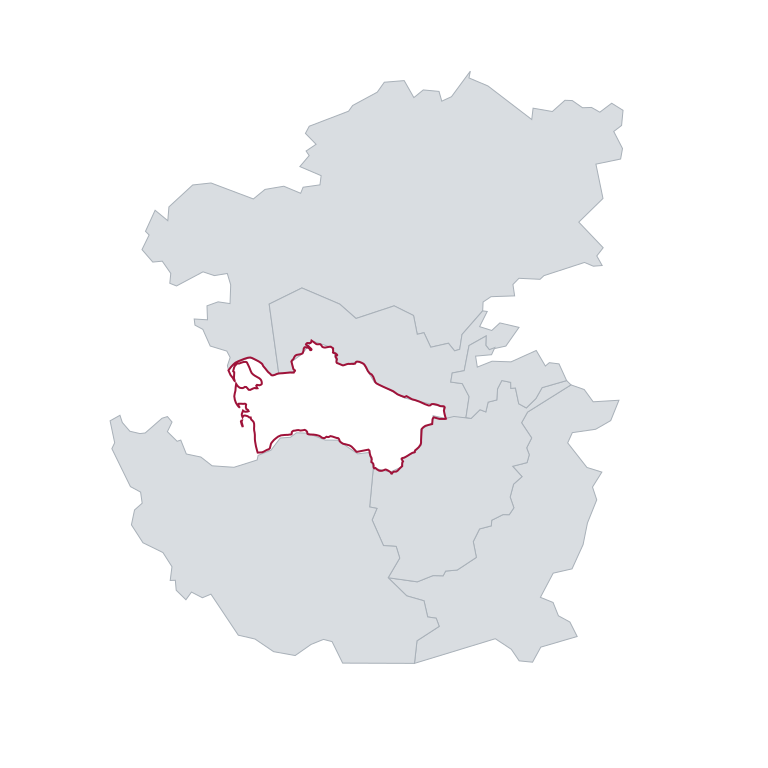 map of Turkmenistan with Kazakhstan, Uzbekistan, Pakistan and 3 others greyed out, rotated 351°
{"feature_id": "TKM", "entity_name": "Turkmenistan", "entity_type": "country or territory", "adm_level": 0, "iso_a3": "TKM", "parent_name": "Asia", "parent_adm1": "", "projection": "orthographic", "projection_center": [58.325, 38.975], "detail": "fine", "context": "with_neighbors", "style": "outline", "palette": "rose", "viewbox_px": 768, "rotation_deg": 351, "n_neighbors": 6, "source": "natural_earth", "source_scale": "50m", "svg_char_len": 10157}
<svg xmlns="http://www.w3.org/2000/svg" viewBox="0 0 768 768"><g transform="rotate(351 384 384)"><path d="M662.9,151.1L659.1,165.8L650.4,170.5L656.4,188.7L652.9,198.8L627.7,200.0L629.3,235.0L601.7,254.6L621.8,283.7L614.2,290.8L618.0,301.1L609.2,300.4L601.0,295.3L558.9,302.0L554.5,305.0L533.8,300.7L526.9,305.9L526.8,317.4L503.3,314.5L494.7,318.5L492.9,327.2L468.8,347.3L464.2,361.6L458.9,362.3L454.0,353.8L435.9,355.0L431.5,339.6L424.6,340.1L423.9,321.0L406.2,308.4L366.6,314.9L352.8,298.2L317.9,276.3L283.1,287.1L281.7,357.4L274.3,358.1L264.9,342.8L255.5,337.0L239.3,340.2L232.6,346.1L232.2,341.4L236.2,333.7L233.9,326.9L218.3,319.3L213.6,301.7L206.5,296.3L206.7,290.1L219.7,293.0L221.4,279.1L233.0,276.9L244.5,280.5L248.1,262.1L246.5,250.3L233.4,250.4L222.8,244.9L194.4,254.7L188.2,251.0L190.7,241.4L184.2,228.0L174.7,227.4L166.0,213.4L175.3,200.1L172.3,195.9L185.1,176.6L196.0,188.9L199.3,175.4L226.2,157.5L244.6,158.4L283.9,180.8L296.9,173.2L316.0,173.0L331.5,182.6L334.9,177.0L351.9,177.3L354.5,168.4L334.9,156.1L345.8,146.7L343.5,141.7L354.4,136.6L345.6,124.2L350.5,117.7L391.7,109.0L396.6,104.0L423.0,94.7L431.5,86.0L451.4,87.5L458.3,105.8L468.8,99.7L484.1,103.6L485.3,113.7L495.6,110.8L518.2,88.5L515.8,95.0L533.3,105.9L571.3,145.9L574.4,134.9L592.9,141.2L607.1,132.1L614.3,133.5L623.3,142.2L632.2,143.3L639.7,149.3L652.8,142.3L662.9,151.1Z" fill="#d9dde1" stroke="#a8b0b8" stroke-width="1"/><path d="M281.7,357.4L283.1,287.1L317.9,276.3L352.8,298.2L366.6,314.9L406.2,308.4L423.9,321.0L424.6,340.1L431.5,339.6L435.9,355.0L454.0,353.8L458.9,362.3L464.2,361.6L468.8,347.3L492.9,327.2L497.3,328.5L487.4,342.3L498.8,348.0L508.0,341.8L526.2,349.2L510.3,365.6L493.4,366.6L490.6,361.7L492.4,352.5L474.0,359.3L465.3,383.4L453.1,383.8L450.2,392.5L461.4,395.9L466.1,409.8L459.7,429.9L439.6,427.7L439.0,416.0L402.4,401.2L374.7,380.5L366.8,361.1L361.8,357.8L346.3,359.2L340.7,355.4L338.9,340.2L319.8,330.3L307.9,341.4L295.7,347.8L297.9,357.5L281.7,357.4Z" fill="#d9dde1" stroke="#a8b0b8" stroke-width="1"/><path d="M613.5,436.8L602.2,455.6L586.0,461.8L562.4,461.5L556.2,470.9L571.4,498.2L585.4,505.1L573.8,518.4L576.0,531.7L563.2,553.1L555.5,573.8L540.8,596.0L521.5,597.3L505.1,619.2L516.8,626.2L520.0,640.2L530.4,648.2L535.3,663.6L497.7,668.4L487.2,682.0L474.2,678.6L468.2,665.9L454.1,653.0L370.4,664.7L376.4,642.8L400.6,632.0L398.9,623.5L390.7,620.9L389.6,604.4L373.3,596.8L357.8,576.0L385.9,584.6L402.4,580.9L412.4,582.7L415.6,578.4L427.2,579.2L448.1,569.7L447.5,553.6L455.7,542.1L467.8,540.9L469.1,535.4L481.1,531.6L487.2,532.7L492.9,526.6L490.9,515.4L496.3,503.2L505.8,497.1L498.2,485.4L513.0,484.0L516.4,476.6L514.9,469.4L521.4,460.4L513.8,443.8L521.4,434.2L568.5,414.1L580.9,420.8L587.8,434.3L613.5,436.8Z" fill="#d9dde1" stroke="#a8b0b8" stroke-width="1"/><path d="M439.6,427.7L448.0,427.0L464.6,431.7L474.8,424.4L480.2,427.5L484.0,418.2L492.9,417.4L495.4,406.5L500.9,399.0L509.4,402.2L508.6,408.2L513.2,408.5L514.0,424.6L520.8,429.9L531.7,422.2L539.6,412.3L564.9,409.2L568.5,414.1L521.4,434.2L513.8,443.8L521.4,460.4L514.9,469.4L516.4,476.6L513.0,484.0L498.2,485.4L505.8,497.1L496.3,503.2L490.9,515.4L492.9,526.6L487.2,532.7L481.1,531.6L469.1,535.4L467.8,540.9L455.7,542.1L447.5,553.6L448.1,569.7L427.2,579.2L415.6,578.4L412.4,582.7L402.4,580.9L385.9,584.6L357.8,576.0L372.3,558.4L370.6,546.3L358.2,543.5L351.0,516.4L357.6,505.8L350.6,503.2L360.3,465.3L376.4,471.9L388.1,468.8L390.9,460.0L402.9,456.5L411.2,450.1L413.2,434.6L425.7,430.0L427.5,423.0L439.6,427.7Z" fill="#d9dde1" stroke="#a8b0b8" stroke-width="1"/><path d="M459.7,429.9L466.1,409.8L461.4,395.9L450.2,392.5L453.1,383.8L465.3,383.4L474.0,359.3L492.4,352.5L490.6,361.7L493.4,366.6L499.2,365.3L494.8,371.9L478.8,370.8L478.8,381.9L494.3,378.4L512.9,382.0L539.6,374.7L546.2,391.5L550.6,388.8L560.0,391.5L564.9,409.2L539.6,412.3L531.7,422.2L520.8,429.9L514.0,424.6L513.2,408.5L508.6,408.2L509.4,402.2L500.9,399.0L495.4,406.5L492.9,417.4L484.0,418.2L480.2,427.5L474.8,424.4L464.6,431.7L459.7,429.9Z" fill="#d9dde1" stroke="#a8b0b8" stroke-width="1"/><path d="M154.6,566.1L146.5,555.2L147.2,545.2L142.1,544.6L146.0,531.3L139.3,515.9L121.1,503.1L112.5,483.6L117.9,469.4L126.5,463.9L126.7,452.7L117.5,445.7L105.1,405.3L108.8,399.9L107.7,377.5L118.3,373.6L119.5,381.1L125.6,390.9L135.2,394.8L140.5,395.0L159.4,383.1L165.0,382.3L168.7,388.4L162.6,397.2L170.7,408.2L174.5,407.6L177.8,422.2L191.7,427.5L201.4,437.9L222.8,442.8L246.8,439.2L248.5,434.8L262.0,431.7L273.1,421.1L283.2,422.0L289.9,418.5L300.5,420.5L317.2,430.2L329.3,432.2L347.1,448.9L358.5,449.3L360.3,465.3L350.6,503.2L357.6,505.8L351.0,516.4L358.2,543.5L370.6,546.3L372.3,558.4L357.8,576.0L373.3,596.8L389.6,604.4L390.7,620.9L398.9,623.5L400.6,632.0L376.4,642.8L370.4,664.7L299.5,653.2L292.4,630.3L284.3,626.8L271.2,629.8L253.8,638.3L233.1,631.1L216.7,615.7L200.8,609.3L180.2,564.5L171.2,566.7L161.3,559.4L154.6,566.1Z" fill="#d9dde1" stroke="#a8b0b8" stroke-width="1"/><path d="M281.8,357.1L285.6,357.5L289.0,357.7L293.2,358.0L294.5,358.3L296.0,358.5L296.7,358.6L297.4,357.7L297.9,357.3L298.2,356.9L298.1,356.5L297.6,356.2L296.8,355.0L296.4,350.8L296.1,347.2L297.1,346.1L298.3,345.3L300.0,342.9L300.8,342.2L302.1,341.6L306.5,341.5L308.3,341.0L308.9,340.2L309.8,338.2L310.2,336.6L310.7,335.9L311.3,335.3L312.0,335.3L313.3,335.8L314.2,336.1L314.9,336.4L315.5,337.0L316.2,338.0L316.3,338.7L316.5,339.0L317.0,339.1L317.4,339.1L317.6,338.9L317.8,338.6L317.7,338.1L316.8,336.9L315.0,334.6L313.8,333.6L313.2,333.1L313.1,332.6L313.9,331.9L314.6,331.5L315.9,331.8L317.7,332.0L318.4,331.6L319.2,329.8L321.2,331.7L323.3,333.9L324.1,334.3L325.5,334.5L326.8,334.6L327.3,334.8L327.8,335.4L329.0,337.8L330.1,338.4L331.4,338.8L335.8,338.7L337.2,338.8L338.3,339.9L339.0,340.4L339.3,340.8L339.3,341.3L339.0,341.9L339.0,343.1L338.9,344.1L338.6,344.5L338.5,344.9L338.8,345.3L340.9,346.1L341.6,347.1L342.1,347.5L342.3,348.1L341.9,348.5L340.9,348.3L340.5,349.0L340.5,350.1L341.2,351.2L341.4,352.1L341.0,353.1L340.5,354.4L340.5,355.3L340.8,355.9L342.4,356.8L346.1,359.1L347.0,359.2L350.4,358.6L352.1,358.5L353.0,358.8L355.7,359.1L356.6,359.4L357.5,359.4L358.7,359.3L359.5,358.2L359.9,357.9L360.3,357.7L361.1,357.7L363.2,358.3L365.5,359.7L367.0,360.9L367.8,362.1L368.9,364.7L370.1,368.7L371.6,371.3L373.3,372.7L374.5,375.2L375.7,380.8L376.4,381.9L377.0,382.5L379.0,384.0L382.8,386.6L385.1,388.1L388.7,390.4L392.0,392.6L395.4,396.0L396.0,396.5L398.9,398.3L402.2,400.1L404.3,399.5L407.8,402.3L409.2,403.4L409.8,403.7L412.3,404.8L416.3,407.0L421.3,410.3L424.7,412.2L425.6,412.3L426.4,412.3L427.3,411.7L428.3,411.3L430.0,411.6L431.9,412.3L433.1,412.8L434.6,413.6L435.7,414.4L436.6,414.8L439.4,415.3L439.9,415.7L440.2,416.2L440.3,416.7L439.0,419.6L439.1,423.2L439.4,425.9L439.7,428.0L439.0,428.1L437.1,427.8L433.4,427.2L430.1,425.7L428.0,424.7L427.7,424.9L426.8,425.8L426.3,426.8L425.9,428.8L425.3,431.1L421.5,431.4L418.3,431.8L416.2,432.8L414.3,434.2L413.9,435.6L413.5,437.4L412.6,441.6L411.8,445.4L411.4,447.9L410.6,449.6L408.4,451.9L405.8,453.6L404.5,454.3L403.9,455.2L403.8,456.1L403.3,456.3L402.2,456.3L401.0,456.5L398.5,457.5L395.8,458.7L392.6,459.9L390.7,460.0L389.9,460.3L389.6,460.8L390.0,461.8L390.3,462.5L390.7,463.5L389.9,464.3L389.5,465.6L389.1,468.0L388.0,468.7L386.1,470.0L384.1,471.6L383.6,471.9L382.4,472.4L381.2,472.3L380.1,472.1L378.9,472.6L377.7,473.8L377.1,473.5L376.8,472.3L376.2,471.6L374.2,469.9L372.5,468.8L371.8,468.7L370.3,469.1L368.4,469.4L366.8,469.2L365.6,468.8L363.7,467.2L363.0,466.3L362.4,465.6L361.2,465.8L360.8,465.1L360.7,464.2L361.0,463.1L360.9,461.1L360.1,459.7L359.3,459.1L359.4,458.6L359.7,457.6L360.1,456.7L360.1,455.0L359.4,453.1L359.1,450.4L359.2,447.7L358.4,446.4L352.1,446.6L346.5,446.8L346.1,446.5L343.9,443.2L342.1,440.7L340.3,439.2L336.3,437.4L334.4,436.7L332.7,435.3L331.4,433.7L331.0,431.6L330.7,430.9L330.3,430.4L329.9,430.1L329.4,430.2L324.8,427.8L322.9,427.1L321.2,427.7L320.4,427.7L318.9,427.1L317.2,428.0L316.5,428.1L315.4,427.8L314.6,427.5L312.2,425.2L310.3,424.3L308.9,423.7L306.2,422.9L303.4,422.4L301.9,422.0L300.9,421.5L300.6,421.2L300.6,420.4L300.6,419.3L300.2,418.5L299.5,417.6L298.5,416.9L296.8,417.0L294.2,416.9L292.2,416.1L290.7,416.0L288.8,416.1L287.2,416.0L286.1,416.5L285.4,417.1L285.0,418.9L284.6,419.2L284.0,419.3L283.1,419.2L281.3,419.2L278.1,418.8L274.2,418.6L271.2,419.4L268.8,420.7L266.5,422.1L263.8,424.4L263.0,425.4L261.2,429.6L260.5,430.1L259.6,430.6L258.7,430.6L256.8,431.2L254.4,432.1L252.7,432.4L248.5,432.0L248.3,430.7L247.8,425.7L247.7,420.8L247.8,418.5L248.5,414.0L248.6,411.7L248.5,409.6L248.7,407.6L249.2,405.3L249.5,403.0L249.3,401.3L248.6,400.0L247.3,398.3L247.1,397.3L247.1,396.2L245.8,396.0L244.8,394.9L243.8,394.2L241.8,393.4L240.8,393.3L239.8,393.8L239.1,394.7L238.7,393.1L238.8,391.5L240.6,388.2L241.6,389.3L242.8,389.7L244.4,389.9L246.0,389.7L245.7,388.5L245.0,387.8L244.2,387.3L243.9,385.7L244.1,384.2L244.6,382.7L244.2,382.1L243.5,381.7L241.8,381.6L239.6,381.1L237.4,380.8L236.8,382.5L237.9,384.9L236.9,383.7L236.0,382.2L234.8,379.4L234.2,376.2L234.2,372.7L235.1,370.0L236.2,367.4L237.0,364.0L238.0,360.7L238.7,362.3L239.5,363.6L240.7,364.9L241.3,365.3L243.3,365.9L244.6,365.8L246.1,365.1L247.4,365.4L248.5,366.9L249.4,368.5L250.9,368.9L254.2,367.9L255.7,367.7L257.0,368.3L257.6,368.4L258.3,368.4L257.8,367.0L257.6,365.6L258.4,365.0L260.9,365.8L262.5,365.4L262.9,365.1L263.3,364.8L263.5,363.6L263.5,362.5L263.3,361.3L262.9,360.3L261.8,358.9L257.6,355.5L256.2,354.1L255.0,352.4L254.3,350.0L253.8,347.5L253.3,345.6L252.0,341.3L251.5,340.8L250.7,340.5L248.9,340.3L247.1,340.5L244.1,341.1L242.4,340.8L241.6,341.2L239.5,342.8L238.5,344.3L237.0,347.8L237.9,348.9L237.8,349.7L236.7,354.8L237.0,357.4L236.9,357.5L236.5,356.9L235.6,354.3L233.8,351.1L232.5,346.2L235.6,343.2L238.2,341.2L240.3,339.9L240.9,339.6L243.7,338.7L247.3,337.9L250.0,337.3L253.4,336.8L254.5,336.8L256.1,336.9L257.4,337.5L258.2,338.0L261.0,340.0L263.8,342.1L266.2,344.4L266.9,345.3L267.2,346.3L267.5,347.4L269.5,350.7L270.3,352.2L271.5,354.2L272.4,355.2L273.4,356.4L274.0,357.4L274.7,357.9L275.6,358.1L277.5,357.9L279.8,357.3L281.2,357.1L281.8,357.1ZM237.9,403.5L237.7,404.4L237.1,401.7L236.8,398.7L237.4,397.9L238.0,397.9L237.4,399.0L237.9,403.5Z" fill="none" stroke="#9f1239" stroke-width="2"/></g></svg>